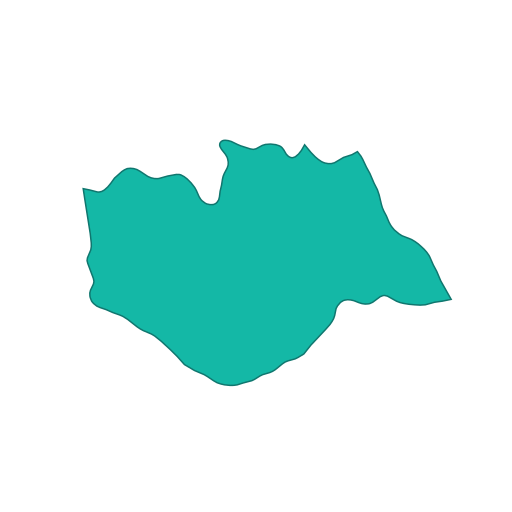 outline of Los Hidalgos, Puerto Plata, Dominican Republic, rotated 313°
{"feature_id": "3306468B64768612261884", "entity_name": "Los Hidalgos", "entity_type": "district", "adm_level": 2, "iso_a3": "DOM", "parent_name": "Dominican Republic", "parent_adm1": "Puerto Plata", "projection": "equal_earth", "projection_center": [-70.999, 19.734], "detail": "fine", "context": "isolated", "style": "filled", "palette": "teal", "viewbox_px": 512, "rotation_deg": 313, "n_neighbors": 0, "source": "geoboundaries", "source_scale": "gbopen_adm2", "svg_char_len": 2804}
<svg xmlns="http://www.w3.org/2000/svg" viewBox="0 0 512 512"><g transform="rotate(313 256 256)"><path d="M401.5,259.0L395.6,257.1L387.8,252.8L377.7,249.8L375.0,248.1L372.8,245.8L371.0,243.0L370.3,241.3L369.7,239.5L369.1,235.6L368.9,231.7L369.2,225.6L370.5,215.7L364.2,217.2L359.6,217.6L355.4,217.1L352.9,215.8L352.0,214.7L351.3,213.2L351.0,211.7L351.1,208.7L352.6,203.7L353.0,201.0L352.9,199.3L352.4,197.7L350.9,194.5L347.8,190.3L344.0,186.8L341.2,185.2L334.4,182.9L332.1,181.3L330.4,178.7L326.2,169.8L325.0,166.6L322.9,159.8L321.4,156.9L319.6,154.5L318.5,153.5L317.3,152.8L316.0,152.5L314.6,152.5L313.3,153.0L312.2,153.9L311.4,155.2L310.5,158.0L309.5,164.4L308.5,167.6L307.7,169.0L305.8,171.6L303.5,173.6L300.7,174.9L294.8,176.5L291.9,177.6L289.3,179.1L284.3,182.5L278.9,185.6L274.2,189.0L271.6,190.4L268.7,190.9L267.2,190.8L265.7,190.3L264.4,189.6L262.2,187.3L260.5,184.5L260.0,182.8L259.6,179.0L259.7,177.2L260.6,173.8L263.2,167.8L264.3,164.4L265.2,158.7L265.4,152.9L265.0,149.2L264.1,145.8L263.3,144.3L261.3,142.1L254.3,136.9L246.6,132.2L245.4,131.2L243.3,128.8L241.6,125.9L240.4,122.6L238.9,113.5L238.0,109.9L236.5,106.9L234.5,104.3L232.1,102.2L229.2,101.0L226.2,100.3L216.5,99.4L210.2,100.2L205.4,100.5L200.9,100.1L198.1,99.2L195.7,97.6L194.7,96.4L190.9,89.4L187.4,83.7L180.9,91.9L159.4,119.4L153.2,126.6L150.6,129.1L147.8,131.0L139.7,134.0L137.4,135.6L135.8,138.1L128.7,152.3L127.0,154.7L124.7,156.2L118.1,158.3L115.6,159.7L113.4,161.9L112.5,163.2L111.0,166.3L110.6,168.1L110.5,170.0L110.8,173.7L111.9,177.0L114.6,183.0L117.0,189.9L119.8,196.3L121.0,199.6L122.1,205.3L123.1,217.2L123.7,221.0L124.6,224.5L127.6,232.7L128.4,236.4L129.0,244.4L129.1,256.7L128.8,267.1L127.8,277.7L130.3,289.1L133.9,299.0L134.7,302.7L135.9,310.2L136.8,314.0L138.4,317.5L140.3,320.8L143.7,325.3L146.2,327.9L148.9,330.1L154.4,333.2L162.0,338.0L164.9,339.1L170.9,340.7L173.8,341.8L180.2,345.6L183.0,346.8L186.0,347.6L195.3,348.9L198.3,349.6L201.1,350.9L207.5,354.8L210.4,355.9L217.0,357.8L228.3,356.9L249.4,357.0L256.4,356.8L259.8,356.3L263.1,355.5L266.0,354.2L272.2,350.4L275.2,349.6L279.7,349.4L282.7,350.2L284.1,350.9L286.5,352.8L288.5,355.3L290.1,358.1L292.0,362.9L293.4,365.9L295.3,368.6L297.5,370.7L298.7,371.6L301.8,372.9L311.0,374.6L313.7,375.9L314.8,376.9L316.3,379.5L318.8,389.7L320.2,393.1L322.0,396.3L325.1,400.9L328.5,405.3L332.0,409.5L335.8,413.1L343.9,418.1L350.1,423.1L357.4,428.3L363.8,408.1L368.0,398.7L370.4,391.7L373.8,383.8L374.4,382.1L375.2,378.3L375.6,374.3L375.6,370.4L375.5,366.4L375.0,362.4L374.2,358.7L373.6,357.0L370.4,349.0L369.7,345.3L369.4,339.4L369.9,335.6L370.3,333.7L371.4,330.3L374.2,324.1L376.0,318.9L377.5,315.5L379.4,312.3L384.6,304.5L387.3,299.5L389.8,292.6L394.0,283.1L396.3,276.1L399.5,268.1L400.6,264.6L401.5,259.0Z" fill="#14b8a6" stroke="#0f766e" stroke-width="1.5"/></g></svg>